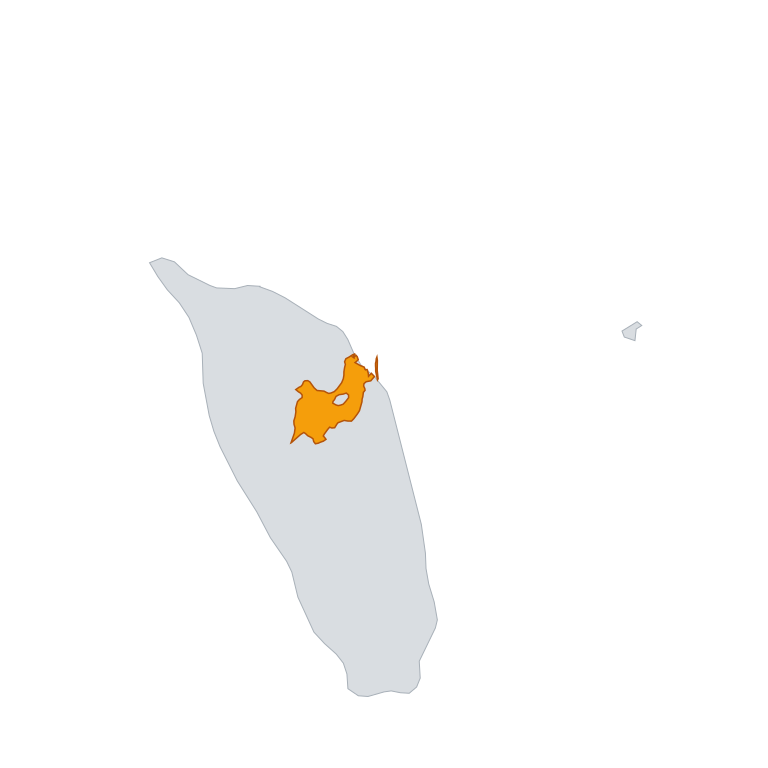 location of Chiayi within Taiwan, rotated 138°
{"feature_id": "TWN-1170", "entity_name": "Chiayi", "entity_type": "County", "adm_level": 1, "iso_a3": "TWN", "parent_name": "Taiwan", "parent_adm1": "", "projection": "robinson", "projection_center": [120.419, 23.433], "detail": "fine", "context": "in_parent", "style": "filled", "palette": "amber", "viewbox_px": 768, "rotation_deg": 138, "n_neighbors": 0, "source": "natural_earth", "source_scale": "10m", "svg_char_len": 2624}
<svg xmlns="http://www.w3.org/2000/svg" viewBox="0 0 768 768"><g transform="rotate(138 384 384)"><path d="M498.5,528.5L490.7,545.8L484.4,564.0L481.8,581.3L482.0,599.0L480.2,615.1L477.1,631.0L464.7,626.4L458.0,615.0L456.5,596.4L447.5,573.8L444.1,567.4L431.2,554.8L419.5,548.5L410.4,539.2L411.6,540.0L404.9,527.4L399.8,514.1L389.3,476.2L385.7,467.1L380.8,458.7L379.5,450.5L381.1,441.3L385.7,427.6L388.4,413.7L386.2,395.0L387.1,376.3L390.5,368.1L450.2,254.7L466.4,230.6L476.3,218.7L484.6,205.4L492.5,188.5L502.2,173.0L509.1,168.3L543.3,154.4L553.9,141.2L562.5,137.0L572.2,137.3L578.4,143.6L584.0,151.1L589.9,155.1L605.0,162.5L611.7,169.5L614.7,181.7L605.6,193.3L601.0,203.7L600.2,215.2L601.9,230.8L602.1,246.5L590.6,283.2L578.3,306.0L575.0,317.4L571.3,345.7L564.1,374.1L557.9,410.1L547.8,447.1L542.1,462.6L535.0,477.5L517.9,505.5L498.5,528.5ZM168.5,248.3L174.0,258.1L171.7,264.1L154.2,260.9L153.3,255.0L159.8,256.1L168.5,248.3Z" fill="#d9dde1" stroke="#a8b0b8" stroke-width="1"/><path d="M385.1,425.7L386.9,425.6L388.5,424.8L389.2,425.1L388.8,423.4L387.7,424.3L386.8,424.0L385.6,424.0L385.6,422.3L386.8,419.4L388.6,419.2L391.2,419.3L389.4,413.9L387.4,409.7L388.3,407.9L388.3,406.9L386.9,406.1L387.1,405.2L387.9,404.1L388.3,402.8L390.3,400.1L386.2,400.4L386.1,395.9L386.5,395.9L391.7,395.2L395.7,397.6L398.6,397.7L400.5,396.1L401.3,393.5L402.3,392.0L404.9,391.6L408.3,388.7L410.4,387.4L412.3,385.5L420.1,380.6L423.6,379.6L429.7,378.4L433.0,378.2L435.6,380.6L438.0,383.6L444.1,386.0L445.9,385.7L449.9,384.5L452.2,386.2L453.3,388.3L456.4,387.9L462.0,386.7L463.9,386.0L463.9,384.3L464.1,381.7L464.3,381.7L467.3,382.1L470.5,383.4L472.5,384.0L475.0,385.5L474.8,388.2L473.4,390.8L474.0,393.3L475.3,396.6L475.5,399.6L476.0,401.6L479.7,402.3L492.1,402.4L492.5,402.5L483.5,407.4L479.5,410.8L477.8,414.3L475.7,416.9L472.0,419.1L468.1,422.3L466.0,425.0L460.1,428.8L457.2,429.1L453.9,428.7L452.2,430.6L452.1,433.1L452.8,435.4L453.3,438.9L449.2,438.4L447.5,437.8L445.0,438.1L442.4,439.4L440.6,439.3L438.4,437.5L437.7,435.2L438.5,427.9L438.1,424.0L433.3,418.8L432.4,416.2L431.4,414.0L429.5,412.8L426.0,411.6L421.9,411.8L414.6,413.3L410.8,415.1L407.9,417.4L405.6,419.9L402.4,422.5L399.6,424.4L398.4,426.9L395.4,428.3L391.9,427.4L387.6,426.7L385.1,425.7ZM428.0,406.9L431.3,405.5L433.5,405.2L434.9,404.1L433.7,400.6L432.5,398.6L430.5,397.4L427.8,396.3L424.0,396.7L419.5,397.5L417.7,399.6L418.1,402.5L421.1,403.8L424.5,406.1L428.0,406.9ZM373.1,406.0L379.8,398.8L384.9,391.8L386.1,391.4L381.7,399.0L379.6,401.3L378.2,403.1L376.4,405.1L374.9,406.1L372.8,408.0L371.2,408.8L373.1,406.0Z" fill="#f59e0b" stroke="#b45309" stroke-width="1.5"/></g></svg>